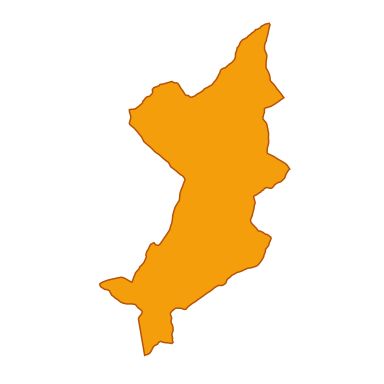 Mumias West, Western, Kenya (orthographic projection), rotated 170°
{"feature_id": "3690345B19078543384145", "entity_name": "Mumias West", "entity_type": "district", "adm_level": 2, "iso_a3": "KEN", "parent_name": "Kenya", "parent_adm1": "Western", "projection": "orthographic", "projection_center": [34.444, 0.279], "detail": "fine", "context": "isolated", "style": "filled", "palette": "amber", "viewbox_px": 384, "rotation_deg": 170, "n_neighbors": 0, "source": "geoboundaries", "source_scale": "gbopen_adm2", "svg_char_len": 6001}
<svg xmlns="http://www.w3.org/2000/svg" viewBox="0 0 384 384"><g transform="rotate(170 192 192)"><path d="M239.8,148.3L241.8,147.6L243.2,145.9L244.3,144.2L245.5,142.7L246.8,141.3L247.6,139.8L248.4,137.9L248.1,136.2L249.0,134.7L250.3,132.9L251.0,131.6L251.9,130.7L253.1,129.6L254.7,128.5L255.8,127.9L256.9,126.7L257.7,125.3L259.2,124.2L260.4,123.3L261.8,122.0L263.0,119.8L264.1,118.3L264.8,117.1L265.6,115.4L267.0,113.6L268.9,115.1L273.1,118.6L275.0,119.8L276.7,120.4L278.0,120.3L280.6,120.3L287.1,120.0L290.4,119.8L294.2,119.1L296.0,118.6L297.5,118.2L298.7,117.6L298.9,116.3L298.4,114.7L297.6,113.7L296.3,112.6L294.8,111.2L292.9,110.7L291.7,110.0L290.5,109.1L290.0,107.5L289.5,105.9L288.9,104.1L287.4,102.7L286.0,100.8L284.4,99.4L283.4,98.4L282.4,97.2L281.6,96.1L280.5,95.5L279.4,94.6L276.0,93.2L274.6,92.9L272.7,92.6L271.0,92.3L269.7,91.9L268.6,91.5L267.5,91.1L266.6,90.0L265.8,88.3L264.7,86.8L263.8,85.9L262.6,84.5L261.8,83.1L262.1,81.8L263.2,80.3L265.9,78.0L266.8,76.2L267.0,39.3L265.6,39.6L264.0,39.7L261.7,40.6L260.6,41.5L259.5,42.8L258.8,43.8L257.7,45.3L256.4,46.7L255.3,47.4L253.7,47.6L252.0,48.3L251.1,49.6L248.7,50.4L247.3,49.4L245.2,48.5L243.5,48.0L241.4,47.5L239.7,46.9L238.2,46.3L236.7,47.2L237.0,49.0L236.9,50.2L236.5,51.4L236.5,53.0L236.6,54.5L236.4,55.8L235.7,57.1L234.8,58.4L234.4,60.2L234.3,61.7L234.4,64.2L234.8,65.5L235.2,67.3L234.9,69.1L234.3,70.4L233.9,71.6L234.5,75.2L234.2,76.6L232.6,78.1L230.4,79.3L229.0,80.2L227.5,80.3L226.0,80.0L224.7,79.7L223.4,79.5L222.2,79.0L220.8,78.1L219.6,77.6L218.0,77.7L216.8,79.0L215.6,79.8L211.2,82.1L208.7,83.1L207.2,83.7L204.6,85.1L201.7,86.4L199.5,87.4L197.5,88.5L196.1,89.1L194.5,90.0L192.9,90.5L191.0,91.3L189.7,91.9L187.8,93.1L186.1,94.0L182.7,95.3L180.7,95.2L179.6,94.8L178.3,94.8L177.0,95.1L175.7,95.7L174.5,96.5L173.7,97.8L173.2,98.9L172.1,100.1L170.3,101.0L168.7,101.9L167.2,103.1L165.6,103.5L163.7,104.2L162.2,104.8L158.7,105.2L157.0,105.5L154.7,106.2L152.9,106.6L151.1,107.1L149.8,107.3L148.3,107.1L146.6,107.1L145.4,107.3L142.2,107.7L140.1,108.4L137.8,110.2L135.4,112.5L133.3,114.9L132.5,116.1L132.0,117.6L131.2,118.6L130.0,120.8L129.7,122.5L128.5,123.6L125.9,125.9L124.6,128.8L123.5,130.2L122.7,131.5L122.2,132.6L122.2,133.8L123.6,135.4L125.4,137.2L127.0,137.7L127.9,138.6L129.0,139.8L130.4,140.8L131.7,141.7L133.4,142.1L134.1,143.5L134.7,144.8L136.5,147.4L137.2,148.5L138.2,150.0L139.3,152.1L139.3,154.2L138.3,155.9L137.5,157.2L136.5,158.9L135.8,160.9L135.1,162.4L134.1,164.3L133.6,165.7L133.1,167.6L132.1,169.3L131.6,170.9L131.8,172.6L131.9,174.0L132.2,175.4L132.1,176.8L130.9,177.5L129.4,177.9L127.8,178.5L126.6,179.2L124.2,180.1L123.1,181.1L121.2,181.7L120.1,182.8L118.5,183.4L117.0,183.2L115.4,182.5L113.5,181.9L111.7,182.5L110.7,183.4L109.5,184.7L107.6,185.5L106.0,186.3L104.1,186.4L102.0,187.0L101.0,187.8L99.6,188.7L98.5,189.5L97.8,190.5L97.1,191.9L95.8,193.8L94.2,195.7L92.9,197.0L91.7,197.6L93.1,200.6L93.6,201.7L94.3,202.9L95.7,204.4L97.9,206.3L102.3,210.0L105.5,213.0L110.1,216.2L111.2,217.2L110.9,219.2L110.6,220.8L110.1,222.3L108.8,225.1L108.0,227.1L107.5,229.8L107.4,231.2L107.3,232.4L106.9,234.1L106.5,235.6L106.4,237.2L106.5,239.4L106.4,240.6L106.5,242.8L106.6,246.0L107.2,247.7L108.3,249.5L109.5,251.6L109.2,253.1L107.7,256.4L106.9,257.8L106.5,259.6L106.2,261.6L104.4,262.2L102.7,262.2L99.2,262.7L97.8,263.2L96.3,263.8L95.0,264.3L89.8,266.7L88.3,267.5L86.7,268.2L85.1,268.9L85.9,270.3L86.4,271.5L87.9,274.4L89.4,277.1L90.2,278.2L90.6,279.5L91.3,280.9L92.0,282.4L93.5,284.9L94.8,286.7L95.5,287.9L95.5,289.3L95.3,291.1L95.3,293.0L95.5,294.4L95.8,296.1L96.3,297.9L96.9,299.6L97.5,301.9L97.0,304.2L96.7,306.0L96.4,307.4L95.9,308.7L95.2,311.2L94.8,312.3L94.5,313.7L95.0,316.3L95.5,318.1L95.8,319.7L95.6,321.0L95.2,322.9L94.6,325.0L93.7,326.5L92.7,327.7L92.2,329.0L91.7,330.7L90.9,332.2L90.2,333.4L89.0,336.5L88.3,338.3L87.5,340.2L86.9,341.6L86.1,342.9L86.6,344.7L90.6,344.6L92.5,343.9L94.4,343.4L95.5,342.7L96.3,341.8L97.8,341.4L99.3,340.9L101.3,340.8L103.0,339.1L104.7,338.6L107.1,337.1L110.0,335.6L110.9,334.6L114.6,333.4L115.9,333.1L117.5,331.8L118.7,330.7L119.5,329.1L121.2,327.0L122.4,326.4L123.4,323.8L124.0,322.7L125.1,321.0L125.4,319.3L125.7,318.1L126.1,316.7L127.0,315.3L128.4,314.0L130.0,312.8L131.5,312.0L132.6,311.6L136.0,309.6L137.2,308.7L138.8,308.5L140.9,308.1L142.5,307.1L143.3,306.0L143.7,304.9L144.5,303.8L145.7,302.3L146.7,300.9L147.7,299.7L148.8,298.4L149.7,297.6L151.0,296.6L153.7,294.1L155.8,293.4L157.3,292.9L158.8,292.2L160.5,291.9L162.1,291.3L163.7,289.9L165.5,289.0L167.3,288.3L168.9,287.9L170.3,287.4L171.3,286.7L172.6,286.1L175.4,285.5L176.9,285.5L178.0,286.7L179.0,287.8L180.6,288.0L181.7,288.9L183.0,292.0L183.4,293.1L184.6,295.3L185.2,296.7L186.2,299.7L187.1,301.3L188.0,302.1L189.7,302.3L191.3,303.2L192.4,304.3L194.0,304.3L195.4,304.0L196.7,303.9L202.3,303.3L203.7,303.5L205.0,303.4L206.0,302.4L207.8,302.0L209.8,301.7L211.6,301.4L212.4,300.5L213.4,299.6L213.3,298.4L213.4,297.0L214.3,295.8L215.6,294.7L217.1,293.7L219.0,293.6L220.5,293.3L221.8,292.3L222.9,291.2L224.4,290.2L225.1,288.7L226.3,287.5L227.7,286.9L228.9,285.9L230.4,285.3L231.8,284.5L233.3,283.8L234.7,283.7L236.5,283.8L237.9,284.0L239.4,284.0L239.7,281.8L239.4,280.0L239.3,278.6L239.2,277.2L239.5,275.6L240.0,274.2L241.0,272.4L241.8,270.6L241.5,269.2L238.2,265.3L236.9,263.4L234.9,260.0L234.1,258.5L232.5,255.6L231.8,254.2L231.2,251.9L230.6,249.9L228.1,246.8L225.8,244.1L224.5,242.4L223.4,240.8L221.6,238.2L220.2,236.6L217.9,234.5L216.3,232.5L214.8,230.4L211.7,226.9L210.0,225.2L209.1,222.4L208.7,220.7L203.7,215.3L202.8,214.0L202.0,213.0L200.2,211.0L198.8,209.9L197.7,208.4L197.0,206.8L196.6,205.5L198.6,202.2L200.2,199.4L201.9,196.8L203.4,194.2L204.5,191.4L205.5,187.4L206.1,185.8L207.9,183.8L210.5,180.9L211.5,179.6L214.1,174.4L215.0,172.4L215.4,170.7L216.6,166.8L217.6,164.4L219.1,161.8L220.6,158.7L221.6,157.5L222.9,156.1L224.5,154.4L226.9,152.0L229.3,149.5L231.3,147.5L232.5,146.3L234.0,145.4L235.6,145.5L237.0,146.5L237.7,147.5L238.2,148.7L239.8,148.3Z" fill="#f59e0b" stroke="#b45309" stroke-width="1.5"/></g></svg>